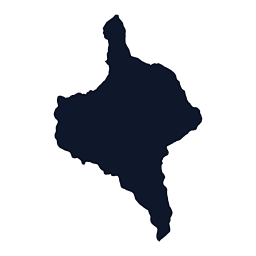 outline of Chhubu, Punakha, Bhutan
{"feature_id": "84629894B89279896100925", "entity_name": "Chhubu", "entity_type": "district", "adm_level": 2, "iso_a3": "BTN", "parent_name": "Bhutan", "parent_adm1": "Punakha", "projection": "natural_earth1", "projection_center": [89.837, 27.663], "detail": "fine", "context": "isolated", "style": "filled", "palette": "ink", "viewbox_px": 256, "rotation_deg": 0, "n_neighbors": 0, "source": "geoboundaries", "source_scale": "gbopen_adm2", "svg_char_len": 5813}
<svg xmlns="http://www.w3.org/2000/svg" viewBox="0 0 256 256"><path d="M117.9,15.7L116.7,15.4L115.7,15.4L113.5,17.9L107.0,22.6L103.5,28.3L103.6,28.9L104.2,30.1L104.2,30.6L104.1,31.4L103.8,32.2L103.6,32.8L103.9,33.5L104.7,34.8L104.9,35.8L104.8,36.6L105.0,37.3L105.4,37.8L105.8,38.1L106.4,38.5L107.3,38.9L107.9,39.1L108.5,39.3L108.7,39.7L108.7,40.5L108.8,41.2L109.0,41.9L109.0,42.7L109.2,43.5L109.4,44.5L109.5,45.0L109.3,45.7L109.2,46.3L108.9,47.0L108.8,47.9L108.5,49.9L108.8,50.6L108.9,51.2L108.0,52.9L107.7,53.7L107.6,54.3L107.6,55.4L107.7,56.4L107.9,58.5L107.9,59.7L107.4,60.5L106.9,61.1L106.5,61.2L106.0,61.5L106.4,61.9L106.9,62.2L107.1,62.9L107.5,63.5L108.2,64.1L109.1,64.6L109.4,65.2L109.5,65.8L109.6,66.6L109.7,67.3L110.0,68.0L110.0,68.6L109.8,69.9L109.6,70.8L109.3,72.4L109.3,74.2L109.1,74.9L107.9,76.3L107.2,77.6L106.8,78.4L105.8,80.1L105.3,80.9L104.0,81.8L103.3,82.4L102.6,83.4L101.5,84.5L101.2,84.9L99.8,86.0L97.5,88.6L97.2,89.1L96.7,89.8L96.4,90.1L95.9,90.1L94.8,90.7L94.3,91.2L93.5,91.6L93.1,91.6L92.6,91.6L91.6,91.1L90.9,90.8L90.5,90.8L90.1,91.1L89.0,92.4L87.8,92.8L87.2,93.3L86.9,94.1L86.6,94.9L86.2,95.1L85.6,95.0L83.7,94.5L83.1,94.6L82.6,94.9L82.1,94.9L81.2,94.2L80.7,93.7L80.0,93.4L79.2,93.4L78.5,93.3L77.0,94.1L76.3,94.3L74.7,95.5L74.3,95.6L73.4,95.7L72.9,95.6L71.9,96.0L71.6,96.2L71.1,96.4L69.8,97.7L69.2,97.9L68.5,98.2L67.2,98.2L66.1,98.7L65.5,98.7L64.7,98.2L64.2,97.8L63.7,97.5L63.2,97.3L62.5,97.1L61.4,96.6L60.6,96.4L59.7,96.4L59.1,96.6L58.4,96.9L58.2,97.3L57.7,100.0L57.8,101.8L58.4,103.7L58.7,104.9L58.7,106.0L58.2,107.3L56.1,109.1L55.2,111.4L54.8,112.6L54.5,113.7L54.5,114.6L55.1,116.5L55.8,117.9L56.9,118.9L57.5,119.4L58.3,120.5L58.7,121.6L58.3,123.2L57.6,124.7L57.0,125.8L56.5,127.0L56.5,128.3L56.6,129.8L56.6,131.2L56.4,132.3L55.5,134.0L55.3,135.0L55.4,136.8L55.8,137.9L56.9,139.2L57.5,140.3L57.7,143.0L58.2,144.8L59.6,146.6L60.3,147.3L62.7,148.4L65.2,149.8L68.9,150.9L69.7,151.4L70.8,152.3L71.5,153.8L72.0,155.1L72.4,156.6L73.1,157.2L74.0,157.5L75.3,157.6L76.6,157.1L77.4,157.1L78.4,157.7L80.1,158.9L81.4,160.1L82.0,161.2L82.1,161.7L82.3,162.4L82.4,163.1L82.8,163.6L83.9,164.0L84.5,163.0L84.8,161.8L85.1,161.3L86.2,161.0L87.8,161.1L89.3,161.1L90.8,161.6L92.9,162.6L94.0,162.9L95.4,163.1L96.6,163.3L97.5,163.7L98.4,164.3L99.3,165.7L99.6,166.1L100.1,167.4L101.0,168.5L102.0,169.4L102.6,169.8L103.6,170.1L104.0,170.5L104.6,173.0L104.8,173.5L105.9,174.0L107.6,173.8L109.0,173.8L109.6,173.2L110.2,173.0L110.7,173.3L111.4,173.7L111.7,174.4L111.8,174.9L112.4,175.3L114.1,175.4L115.6,175.1L117.0,175.0L117.8,175.2L118.5,175.8L119.1,176.7L119.6,178.1L120.2,181.7L120.8,183.0L121.1,184.9L121.4,186.1L121.8,186.8L122.3,187.4L123.5,187.9L125.0,188.3L126.1,189.1L127.2,189.6L128.4,190.0L131.4,191.1L132.3,191.6L132.7,192.0L133.2,192.2L134.0,193.2L134.7,194.7L136.0,199.1L137.1,200.4L138.1,201.5L139.2,202.9L140.5,204.2L142.0,205.2L144.4,207.2L145.9,208.1L146.8,208.8L148.2,209.4L149.0,210.3L149.1,211.4L150.0,213.7L150.4,214.5L151.1,215.7L151.2,216.9L151.0,218.6L151.0,219.6L151.2,221.0L151.9,222.7L153.3,224.1L154.9,225.4L156.1,226.2L157.0,226.9L157.6,227.6L158.1,228.8L158.1,230.5L157.8,232.1L157.4,233.8L157.2,234.9L157.1,236.2L157.2,237.4L157.5,238.6L158.3,239.8L159.3,240.6L159.9,239.6L160.7,238.8L161.7,238.2L163.2,236.9L165.1,235.4L166.7,233.8L168.0,232.6L169.1,231.5L169.5,230.9L169.5,229.5L169.5,228.4L169.2,227.4L169.0,225.6L168.5,224.1L168.5,223.4L168.7,222.9L169.1,222.1L169.4,221.3L169.8,220.4L169.7,218.1L169.9,217.3L170.4,216.4L170.9,215.7L171.2,214.7L171.7,213.7L171.8,212.9L171.7,211.9L170.2,208.2L169.7,207.6L168.8,206.4L168.6,205.3L168.3,203.6L167.7,201.4L167.4,200.2L167.3,198.5L167.0,197.0L166.5,195.0L166.4,193.0L166.3,191.6L166.5,190.3L166.4,189.1L165.7,187.9L165.1,187.1L163.4,185.7L162.7,184.4L162.5,183.3L162.5,182.2L162.8,181.0L163.7,178.6L164.4,177.6L164.4,176.9L164.1,176.3L163.7,175.2L163.4,174.7L162.0,173.1L161.5,172.3L161.3,171.3L161.0,170.0L160.8,168.0L160.7,166.2L161.0,164.5L161.4,164.0L161.8,163.6L161.9,163.1L161.9,162.5L161.5,162.1L161.2,161.6L161.1,161.1L161.4,160.2L162.2,159.0L162.4,158.2L162.8,157.3L163.6,156.7L164.6,155.8L167.1,154.6L167.5,154.1L167.9,153.4L167.9,152.8L167.9,152.0L167.7,151.4L167.1,150.4L166.1,148.5L166.0,147.7L166.2,146.2L166.5,145.8L167.1,145.4L168.3,144.9L172.5,142.7L173.8,141.7L174.3,141.5L174.7,141.4L175.4,141.1L176.0,140.6L176.5,140.3L177.2,140.2L177.7,140.0L178.4,139.8L179.1,139.6L179.8,139.2L180.4,138.8L182.9,136.4L183.8,135.8L184.2,135.3L184.7,134.9L185.9,134.0L186.9,133.5L187.3,133.2L188.5,131.5L189.7,130.6L190.6,130.1L191.2,129.8L191.7,129.7L192.2,129.7L193.0,129.7L193.7,129.6L194.6,129.4L195.2,129.2L195.7,128.9L196.0,128.5L196.2,128.0L196.4,127.3L196.8,126.3L197.8,124.8L199.0,123.8L199.4,123.6L199.9,122.7L200.1,122.4L200.6,122.0L200.9,121.6L201.1,121.0L201.1,119.8L201.5,119.0L201.5,118.3L201.0,117.4L200.9,116.5L200.6,115.6L200.2,114.7L199.9,114.2L199.6,113.4L199.3,112.8L199.4,111.1L198.9,110.2L198.2,109.6L197.5,108.7L197.1,108.4L195.9,107.9L194.6,108.0L193.5,107.8L193.0,107.6L192.5,107.4L191.7,106.9L191.1,106.1L190.7,105.5L190.1,104.8L189.7,104.0L189.4,103.6L189.0,103.3L188.4,103.0L188.1,102.7L187.7,102.0L187.2,101.0L186.4,99.9L185.8,97.1L185.3,96.0L184.7,93.6L184.2,91.3L181.5,89.4L180.6,87.6L179.4,84.7L178.9,82.0L176.4,79.8L175.9,78.3L175.3,75.6L174.0,73.5L170.7,70.7L167.4,68.8L165.9,68.0L164.9,67.6L163.5,66.9L162.2,65.8L161.1,65.2L159.3,64.4L158.5,63.9L157.0,64.4L156.1,64.5L155.1,64.0L154.4,64.0L153.3,64.4L152.3,64.9L151.4,65.5L150.9,66.0L150.5,66.0L148.9,64.5L146.5,64.1L141.6,61.7L138.7,59.4L137.7,58.7L134.7,57.8L132.9,57.4L130.5,56.4L128.4,49.5L126.4,46.3L124.9,43.0L124.7,40.8L124.7,38.0L125.0,36.1L124.8,35.7L124.8,33.0L125.1,31.4L124.8,29.7L124.3,28.5L123.1,26.6L122.6,24.8L122.3,23.2L120.5,20.8L118.9,19.1L118.2,17.9L117.9,15.7Z" fill="#0f172a" stroke="#020617" stroke-width="1.5"/></svg>